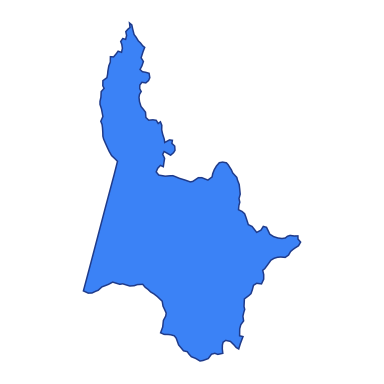 the district of Fernandes Pinheiro, Paraná, Brazil
{"feature_id": "56859067B35886428615135", "entity_name": "Fernandes Pinheiro", "entity_type": "district", "adm_level": 2, "iso_a3": "BRA", "parent_name": "Brazil", "parent_adm1": "Paraná", "projection": "natural_earth1", "projection_center": [-50.502, -25.483], "detail": "fine", "context": "isolated", "style": "filled", "palette": "blue", "viewbox_px": 384, "rotation_deg": 0, "n_neighbors": 0, "source": "geoboundaries", "source_scale": "gbopen_adm2", "svg_char_len": 3039}
<svg xmlns="http://www.w3.org/2000/svg" viewBox="0 0 384 384"><path d="M297.9,235.9L294.3,236.0L290.1,235.4L287.4,236.3L285.3,238.0L282.0,238.5L277.9,238.0L273.6,236.6L269.8,234.2L268.2,230.8L266.5,227.3L263.3,226.4L260.9,230.2L256.7,232.4L252.1,226.5L248.3,224.6L245.9,217.2L244.6,213.7L242.1,211.5L238.5,209.7L238.9,205.5L239.8,202.2L239.0,198.6L240.2,194.2L239.7,189.0L239.2,184.5L237.5,180.1L236.8,177.4L234.5,174.9L232.7,172.9L231.4,169.9L229.6,167.1L228.2,164.8L226.4,162.8L222.6,162.1L219.3,162.7L216.5,165.9L214.3,169.6L212.7,173.7L212.1,176.9L207.9,180.1L201.9,177.7L198.3,177.7L192.8,181.4L190.3,181.9L185.2,180.1L179.3,178.3L176.0,176.9L172.9,175.7L169.6,175.8L165.2,176.2L162.5,175.7L158.8,175.1L156.2,171.9L157.7,168.3L160.4,165.4L163.3,166.7L163.9,162.7L164.6,158.4L162.7,154.3L164.1,151.5L167.1,153.2L170.6,155.2L173.5,152.7L175.0,150.3L174.7,146.1L171.9,143.4L172.4,140.3L169.5,139.9L164.7,142.5L164.3,139.3L162.6,134.0L161.7,129.9L161.8,125.3L160.4,121.8L158.2,123.5L156.2,120.3L152.9,119.8L148.7,120.2L145.9,117.5L145.5,112.2L143.4,109.4L141.0,106.5L139.5,101.7L139.0,97.4L139.5,94.4L141.2,91.5L139.7,88.7L139.8,85.1L141.9,82.3L145.8,82.9L148.5,80.6L149.8,77.7L149.1,73.3L145.7,72.3L142.4,71.7L140.0,69.5L141.9,65.9L143.4,61.5L141.1,57.8L143.1,51.5L144.7,47.4L142.7,45.8L140.5,43.0L138.3,40.9L136.1,37.2L134.1,34.6L132.7,29.1L131.8,24.9L129.5,23.0L130.0,27.5L128.0,29.1L125.8,31.6L126.6,35.6L125.6,39.4L122.8,38.5L120.7,41.5L121.8,44.3L122.4,48.3L121.5,52.3L118.1,51.2L116.2,53.8L113.6,56.9L110.4,56.7L110.3,62.1L108.8,65.9L107.9,71.0L107.6,74.2L106.9,77.7L102.9,80.6L102.8,85.8L104.1,88.3L101.2,91.6L100.9,97.3L100.0,101.4L100.0,104.4L101.5,109.1L102.9,116.5L100.8,121.3L102.1,124.6L102.5,127.8L102.8,132.7L102.9,136.2L103.6,139.0L105.5,143.4L107.5,147.8L109.2,151.4L111.6,155.6L114.4,158.2L117.5,161.3L114.1,174.8L105.2,208.2L95.0,247.1L89.9,266.5L83.4,290.9L88.2,293.1L92.0,293.0L95.8,291.2L98.2,290.3L101.9,286.9L105.6,285.5L108.6,284.3L112.7,282.1L115.2,282.9L119.8,284.3L122.7,283.8L127.5,285.3L129.8,286.0L134.2,285.7L137.3,284.6L142.7,284.3L145.2,287.3L147.9,289.3L150.7,292.0L153.8,293.8L157.3,296.5L160.2,299.3L162.2,301.2L163.0,306.1L164.6,309.5L166.2,313.1L165.7,316.1L163.4,320.4L162.7,327.0L160.6,332.8L164.2,334.4L168.3,334.5L170.9,334.8L174.3,335.8L176.2,338.2L178.6,344.9L180.7,347.4L183.5,350.8L187.3,351.7L188.9,354.0L191.3,356.7L195.6,358.4L200.0,361.0L203.0,360.5L208.2,358.6L211.5,354.2L214.8,353.3L217.8,354.4L222.8,353.3L222.3,348.9L222.4,345.0L223.1,342.2L225.7,340.4L230.4,341.4L234.0,344.9L236.2,347.5L238.7,349.0L240.4,343.5L243.0,336.6L239.6,335.8L239.7,328.8L240.8,324.7L243.6,320.9L242.9,316.2L243.8,312.3L244.7,309.4L244.0,306.5L244.4,298.9L248.8,295.6L251.0,293.6L252.3,289.9L253.5,285.3L256.7,283.3L261.5,283.9L263.7,279.2L263.7,274.6L262.7,270.3L264.7,268.7L267.6,264.8L270.9,260.2L274.1,258.3L277.4,257.3L280.7,257.0L285.2,257.4L288.5,255.1L290.6,251.5L292.9,249.5L295.3,247.8L298.5,245.8L300.6,242.1L298.0,239.1L297.9,235.9Z" fill="#3b82f6" stroke="#1e3a8a" stroke-width="1.5"/></svg>